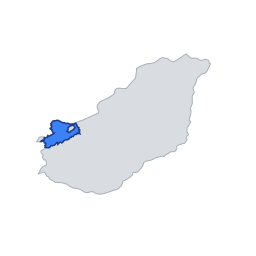 location of Gyor-Moson-Sopron within Hungary, rotated 339°
{"feature_id": "HUN-3156", "entity_name": "Gyor-Moson-Sopron", "entity_type": "County", "adm_level": 1, "iso_a3": "HUN", "parent_name": "Hungary", "parent_adm1": "", "projection": "equal_earth", "projection_center": [17.255, 47.709], "detail": "fine", "context": "in_parent", "style": "filled", "palette": "blue", "viewbox_px": 256, "rotation_deg": 339, "n_neighbors": 0, "source": "natural_earth", "source_scale": "10m", "svg_char_len": 4370}
<svg xmlns="http://www.w3.org/2000/svg" viewBox="0 0 256 256"><g transform="rotate(339 128 128)"><path d="M205.7,80.1L208.5,79.8L209.2,80.0L209.8,81.8L210.5,83.0L211.2,84.6L212.3,85.7L214.4,86.2L217.3,87.6L219.2,90.3L222.0,91.5L222.8,91.4L224.8,91.3L225.2,91.8L226.8,93.1L227.5,94.3L227.2,95.5L227.5,96.9L228.1,97.4L227.4,98.3L222.4,103.0L220.4,104.2L219.1,104.5L217.0,104.0L214.8,104.4L212.9,105.4L211.1,105.7L209.8,106.9L208.1,109.5L206.0,111.6L203.9,113.0L202.8,114.2L202.7,118.3L201.6,119.5L200.0,120.7L199.1,121.8L196.8,128.2L195.0,130.2L193.2,131.8L192.9,133.2L193.0,134.8L191.1,138.1L188.5,141.5L188.0,142.9L188.7,144.8L186.1,146.9L184.7,148.0L183.5,148.5L182.7,149.8L181.6,153.1L181.9,154.6L182.0,156.0L179.8,156.8L179.2,158.3L178.7,160.2L177.8,161.0L175.4,162.5L169.4,161.9L167.1,162.4L166.4,163.5L166.3,164.4L165.6,165.2L164.2,166.3L162.8,166.7L159.6,165.5L152.8,166.8L151.7,167.7L150.7,167.0L149.3,166.4L142.5,165.7L139.8,166.3L136.2,166.0L132.9,165.4L130.4,165.9L128.3,168.5L127.2,169.4L126.3,170.0L124.5,170.8L122.9,171.8L120.9,172.5L119.0,172.4L117.2,171.3L116.6,171.5L116.0,172.6L115.1,173.5L112.5,174.6L111.8,174.5L111.7,174.5L109.6,175.4L106.3,175.8L104.6,175.5L101.6,179.1L100.7,179.8L97.8,180.9L95.5,181.5L93.4,181.0L92.6,181.0L83.6,180.8L79.0,180.0L75.9,178.6L73.9,177.0L72.9,175.2L70.6,174.2L66.9,173.8L64.1,172.1L62.0,168.9L59.3,166.5L55.8,164.7L53.0,162.1L51.0,158.8L47.3,155.8L42.0,153.2L40.4,152.6L40.1,151.8L37.5,148.5L36.4,147.3L36.5,145.7L36.0,144.7L35.0,144.1L34.6,141.8L34.3,140.0L33.5,138.9L27.9,138.7L32.6,134.5L35.0,133.4L37.7,133.6L38.6,133.2L38.8,132.6L39.3,131.2L39.6,129.9L39.8,128.7L39.5,128.1L38.2,127.9L37.6,124.9L38.2,123.8L38.9,123.0L38.1,119.4L38.4,118.2L40.5,118.0L42.3,117.2L43.7,116.4L44.1,115.3L45.3,113.0L44.2,110.2L38.1,108.4L37.8,107.7L39.2,107.0L40.7,105.8L41.6,105.0L42.8,104.8L44.5,105.3L47.4,107.3L48.6,107.6L49.6,107.0L50.8,106.9L54.1,106.9L56.8,106.5L56.2,104.3L56.2,102.8L55.8,101.6L56.1,100.2L57.2,99.1L57.5,96.8L59.2,95.2L60.0,94.9L63.1,95.2L63.8,95.6L64.2,95.7L69.1,99.7L73.6,102.6L77.4,104.1L82.9,104.2L88.7,104.4L98.5,103.8L105.8,103.5L106.3,102.7L107.3,101.0L106.4,99.5L106.5,97.7L107.7,95.4L111.3,93.5L121.6,92.6L127.5,91.2L128.4,89.3L130.3,87.4L132.1,87.0L134.6,87.9L137.6,89.5L140.2,90.4L141.7,89.9L146.9,87.0L152.9,84.2L156.9,76.7L157.3,75.5L161.8,74.7L168.4,74.8L171.8,75.8L174.3,76.3L178.1,76.1L183.5,74.5L185.5,74.6L187.1,75.7L188.9,76.7L190.1,77.9L191.0,79.6L191.5,80.3L192.3,81.1L193.7,82.3L195.0,82.6L205.1,80.6L205.7,80.1Z" fill="#d9dde1" stroke="#a8b0b8" stroke-width="1"/><path d="M52.0,107.4L54.3,106.9L56.5,106.7L57.1,106.4L56.8,106.3L56.5,106.0L56.4,105.6L56.3,104.3L56.1,103.6L56.1,102.9L56.5,102.5L56.3,102.3L56.0,101.6L55.8,101.4L55.2,101.2L55.0,100.6L55.4,100.4L56.4,100.2L56.9,99.9L57.2,99.5L57.3,99.0L57.5,98.3L57.4,98.3L57.3,98.2L57.1,98.1L57.2,97.9L57.4,97.7L57.5,97.6L57.6,97.3L57.7,97.1L57.7,96.8L57.4,96.5L59.3,95.2L60.3,94.6L61.4,94.8L62.6,95.1L62.9,95.2L64.8,95.4L65.8,96.1L68.8,99.6L69.1,99.8L69.4,99.9L70.1,100.1L70.4,100.2L71.4,101.5L71.8,101.9L72.1,101.8L72.4,101.7L72.7,101.7L73.2,101.9L73.8,102.2L74.3,102.7L74.5,103.1L74.9,103.4L76.1,104.0L76.8,104.3L79.3,104.9L81.0,104.8L81.0,105.3L81.3,106.1L81.3,106.9L81.2,107.6L81.4,108.3L81.4,109.4L82.3,110.1L81.6,111.6L82.3,112.5L82.0,113.1L81.4,112.9L81.1,113.2L81.4,114.2L81.0,115.3L81.0,116.1L80.1,115.2L79.0,114.6L79.0,115.3L78.5,115.1L77.9,115.1L77.4,115.5L76.3,115.0L75.0,115.4L73.7,116.3L72.5,115.8L71.7,116.3L70.2,116.1L69.6,116.9L68.9,117.1L68.2,117.1L67.8,117.4L67.3,117.4L66.8,117.2L65.8,116.6L64.7,116.7L63.6,117.0L63.1,116.9L62.8,117.3L62.0,117.9L60.8,118.2L60.2,117.3L59.4,116.8L56.6,118.1L56.8,117.1L57.1,116.3L56.4,116.1L53.2,117.7L50.8,117.4L50.1,116.8L47.9,118.0L47.0,118.2L46.2,117.5L44.7,117.2L44.3,116.9L43.9,116.5L43.8,116.4L44.2,116.2L44.1,114.6L44.5,114.3L45.3,114.0L45.6,113.5L45.7,112.9L45.4,112.4L45.0,112.1L44.5,111.8L44.7,111.1L44.5,110.3L43.9,109.7L43.3,109.5L42.3,109.6L41.8,109.4L42.8,108.8L43.9,108.7L45.5,109.1L45.8,108.8L45.7,107.9L46.5,106.9L46.6,107.0L46.9,107.3L47.2,107.5L48.9,107.7L49.2,107.6L49.5,107.4L50.1,106.6L50.5,106.3L50.9,107.3L52.0,107.4ZM76.3,105.6L74.9,105.4L72.1,106.2L71.5,108.1L69.8,109.2L70.8,110.6L71.2,110.4L72.2,111.1L73.4,110.3L75.3,110.3L76.6,109.7L78.4,108.8L78.6,108.1L78.3,106.8L77.7,105.5L76.3,105.6Z" fill="#3b82f6" stroke="#1e3a8a" stroke-width="1.5"/></g></svg>